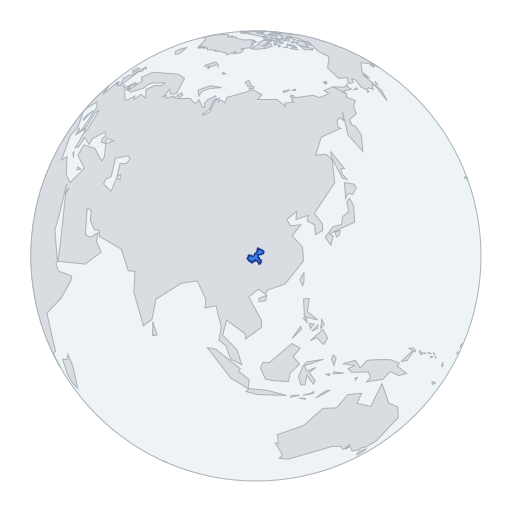 globe centered on Chongqing
{"feature_id": "CHN-1154", "entity_name": "Chongqing", "entity_type": "Municipality", "adm_level": 1, "iso_a3": "CHN", "parent_name": "China", "parent_adm1": "", "projection": "orthographic", "projection_center": [107.845, 30.195], "detail": "fine", "context": "on_globe", "style": "filled", "palette": "blue", "viewbox_px": 512, "rotation_deg": 0, "n_neighbors": 0, "source": "natural_earth", "source_scale": "10m", "svg_char_len": 14971}
<svg xmlns="http://www.w3.org/2000/svg" viewBox="0 0 512 512"><circle cx="256" cy="256" r="225" fill="#eef3f6" stroke="#a8b0b8"/><path d="M462.1,343.3L461.7,344.4L461.6,344.8L462.1,343.3ZM379.4,67.5L375.2,64.9L374.4,64.4L379.4,67.5ZM373.3,63.7L370.3,62.0L371.3,63.0L373.0,64.3L361.0,62.5L361.9,71.6L369.6,78.3L362.1,74.3L381.7,90.5L387.0,100.7L376.4,87.0L371.8,84.0L373.1,89.5L368.7,87.7L366.7,89.6L361.3,87.3L355.6,80.1L351.9,78.7L353.1,82.7L348.3,83.4L347.2,77.6L338.8,78.4L327.7,68.0L329.1,56.7L318.4,51.3L307.8,41.3L304.2,41.3L297.9,38.3L291.4,37.4L291.3,36.4L286.2,36.6L287.6,37.8L285.8,38.4L282.1,38.1L281.3,36.6L283.1,36.5L280.9,36.0L282.1,35.4L279.4,35.5L278.9,34.1L273.9,35.3L268.9,33.9L270.1,33.1L277.1,33.5L297.2,34.8L300.5,35.2L299.3,34.9L314.9,38.5L330.1,43.3L345.0,49.0L359.4,55.9L373.3,63.7ZM266.6,31.0L266.2,31.0L266.9,31.2L259.1,31.0L251.1,30.8L250.6,30.8L266.6,31.0ZM243.1,31.1L241.3,31.2L239.8,31.3L243.1,31.1ZM467.8,180.8L466.1,176.9L466.6,177.3L467.8,180.8ZM465.3,176.0L465.9,177.0L465.5,176.4L465.3,176.0ZM465.2,176.5L465.3,176.1L465.4,177.0L465.2,176.5ZM465.4,177.8L465.2,176.9L465.3,177.2L465.4,177.8ZM464.8,178.5L464.6,178.5L464.3,177.3L464.8,178.5ZM374.4,65.3L371.8,63.2L372.6,63.3L375.2,65.1L374.4,65.3ZM372.3,66.5L369.9,64.6L374.4,66.4L374.4,66.9L372.3,66.5ZM376.1,83.9L374.9,81.1L377.6,84.5L376.1,83.9ZM367.4,90.3L369.2,91.8L367.4,92.2L367.4,90.3ZM271.1,31.4L269.0,31.3L270.0,31.3L271.1,31.4ZM273.3,31.8L275.9,31.9L277.4,32.1L275.7,32.0L273.3,31.8ZM357.5,89.2L354.1,89.6L356.6,87.8L357.5,89.2ZM269.8,31.7L279.6,32.5L282.1,32.9L278.0,33.3L269.8,31.7ZM351.5,89.1L343.5,91.0L346.7,94.2L333.0,86.7L344.4,87.3L346.9,84.4L348.1,87.4L351.5,89.1ZM289.6,38.3L288.0,37.0L292.8,38.4L289.6,38.3ZM293.1,39.1L310.3,43.6L310.8,45.7L304.9,43.6L308.3,47.0L300.1,45.7L296.4,43.6L297.7,42.3L293.6,42.9L293.1,39.1ZM326.7,82.6L323.9,82.2L325.7,81.3L326.7,82.6ZM285.5,38.8L288.9,39.3L289.6,41.1L282.9,40.4L284.8,40.0L285.5,38.8ZM313.2,48.6L312.6,50.1L305.7,49.4L304.6,50.0L300.0,45.9L313.2,48.6ZM282.8,39.5L279.4,40.1L275.7,39.1L282.2,38.4L282.8,39.5ZM292.6,41.9L292.6,42.9L290.4,42.1L292.6,41.9ZM260.8,36.6L264.8,36.8L265.5,37.7L260.8,36.6ZM278.4,40.4L279.7,40.7L280.4,41.2L277.5,41.5L278.4,40.4ZM295.5,45.9L292.8,45.4L297.0,47.5L292.1,47.4L289.9,44.8L288.8,45.9L287.3,45.9L287.2,43.8L295.5,45.9ZM276.8,43.3L272.4,40.5L264.7,39.7L263.8,38.8L276.4,40.3L276.8,43.3ZM282.9,43.7L279.0,43.2L279.9,42.1L283.2,41.9L282.9,43.7ZM289.5,48.4L297.6,49.2L297.8,49.8L289.5,48.4ZM274.4,43.2L275.5,43.9L273.7,43.2L274.4,43.2ZM284.7,46.9L287.5,47.0L287.6,47.7L284.7,46.9ZM275.4,45.4L274.0,44.4L276.2,44.1L275.4,45.4ZM279.5,46.2L279.0,47.1L277.8,44.6L280.7,46.1L279.5,46.2ZM284.3,47.5L285.3,47.9L283.1,47.4L284.3,47.5ZM267.9,47.4L265.8,44.3L270.7,43.5L272.0,46.5L267.9,47.4ZM88.3,105.6L88.7,105.1L83.0,112.1L78.8,124.8L77.1,128.4L70.4,135.4L61.5,160.0L67.1,156.5L66.2,174.8L70.2,182.5L84.4,168.3L77.9,155.2L83.9,144.9L94.9,148.4L101.6,161.0L104.2,157.5L105.9,143.5L113.5,140.9L107.2,138.3L105.2,143.4L101.2,142.2L102.7,137.6L105.4,136.7L105.1,132.0L92.5,138.5L89.2,144.4L84.7,137.4L78.7,146.7L75.3,147.8L84.1,132.5L87.9,128.9L99.3,110.1L94.9,113.1L83.9,131.4L84.6,128.2L78.5,133.4L83.7,127.0L96.9,107.2L96.9,102.0L86.2,108.6L88.4,105.5L92.8,100.7L97.1,96.3L109.6,85.2L103.0,93.9L108.1,90.2L118.5,81.2L115.7,84.9L119.1,82.6L117.5,85.9L124.3,84.8L124.0,88.0L135.3,82.6L136.7,83.7L129.6,86.4L124.6,90.4L125.0,99.7L127.6,100.0L134.9,95.9L134.1,99.4L141.1,94.3L145.6,98.4L146.0,89.5L154.6,85.5L162.0,85.6L164.9,83.0L152.8,82.9L148.0,84.5L143.7,88.2L130.4,92.2L128.4,90.3L142.5,80.8L141.2,77.4L152.8,72.3L178.3,74.2L184.5,78.2L176.6,93.3L170.2,94.3L169.8,89.1L162.2,97.6L166.6,95.1L166.0,98.3L174.0,96.0L173.9,98.2L181.8,92.6L182.6,95.1L177.6,98.6L190.2,98.3L194.1,103.2L197.0,102.2L199.0,99.7L202.7,108.0L204.7,106.9L204.2,103.7L207.8,99.6L215.6,95.8L216.5,98.9L213.8,100.7L209.4,109.4L202.1,114.2L203.3,115.2L209.8,111.8L215.1,101.0L219.6,97.9L218.0,102.9L218.9,100.9L221.4,100.3L224.7,102.9L226.9,97.5L253.1,89.9L262.0,94.7L257.7,99.5L276.9,99.5L285.5,106.3L285.0,103.2L293.9,101.9L291.4,99.6L291.8,98.1L313.5,95.3L319.3,97.6L328.1,94.1L327.9,92.6L324.1,90.7L333.0,86.7L346.7,94.2L346.5,97.1L355.2,100.4L353.6,106.7L356.3,113.8L349.4,119.7L352.1,125.3L355.3,126.1L361.3,134.9L362.9,151.5L347.8,134.6L342.7,111.9L343.6,120.5L339.3,117.8L337.1,120.6L338.1,127.2L340.8,128.3L321.4,137.1L315.6,155.2L326.0,154.3L332.2,159.9L334.7,182.7L314.3,213.5L322.5,223.8L322.8,230.5L315.4,234.6L314.7,224.8L307.4,221.1L308.2,215.3L296.1,219.6L296.6,211.5L286.9,219.3L290.3,225.9L300.8,224.7L292.2,235.7L302.6,247.2L303.5,260.8L285.1,284.0L266.8,290.3L265.6,294.4L258.5,289.2L248.7,296.8L261.7,321.0L261.2,327.6L245.6,338.8L245.3,333.9L226.5,320.1L222.7,335.3L236.9,349.6L241.8,364.7L230.7,359.1L225.8,345.6L219.1,340.3L221.2,327.0L216.1,305.8L204.9,308.0L206.0,299.8L197.3,280.9L181.3,283.2L155.9,299.3L152.0,319.4L143.4,325.9L133.9,292.3L135.0,271.3L128.2,270.7L121.3,249.1L99.5,236.4L99.4,230.1L94.7,230.0L90.3,220.5L91.3,210.5L87.2,208.0L85.3,234.5L90.0,237.4L98.1,232.6L96.4,241.1L101.0,252.2L85.1,264.1L57.8,261.2L60.2,245.3L65.7,193.3L68.3,189.6L68.6,189.1L69.0,188.1L64.2,193.4L66.9,183.8L58.5,217.3L54.9,229.9L57.4,261.8L55.9,263.1L58.2,270.9L71.8,276.2L70.7,281.0L61.2,298.0L46.9,313.0L51.7,335.2L55.7,351.2L53.2,353.0L60.0,366.9L59.8,366.7L52.2,352.0L45.7,336.9L40.4,321.3L36.2,305.3L33.2,289.1L31.3,272.7L30.7,256.2L31.3,239.8L33.1,223.4L36.1,207.2L40.2,191.2L45.6,175.6L52.0,160.4L59.5,145.8L68.1,131.7L77.7,118.3L88.3,105.6ZM103.5,184.0L111.0,191.4L116.6,177.8L119.9,179.8L120.6,174.6L117.0,176.8L120.0,163.6L126.4,163.7L130.1,158.6L127.8,155.9L115.5,158.2L111.1,176.7L105.6,179.4L103.5,184.0ZM139.7,68.4L136.2,71.2L132.5,72.7L132.8,70.3L138.2,67.8L139.7,68.4ZM132.2,74.9L146.1,67.0L146.4,68.7L143.9,69.0L142.7,70.9L138.3,71.9L125.0,81.9L120.8,84.1L123.8,77.4L125.1,78.2L128.4,75.2L132.2,74.9ZM181.0,49.2L187.1,47.3L180.0,53.3L175.2,54.5L175.2,51.7L180.9,48.7L181.0,49.2ZM260.6,32.8L263.4,32.7L263.6,33.0L261.4,33.3L260.6,32.8ZM262.6,36.6L248.8,33.9L251.2,33.5L240.2,33.1L242.4,32.1L249.5,32.3L242.9,31.6L250.1,31.3L244.9,31.2L260.5,31.6L266.8,31.8L258.9,31.8L256.8,32.6L257.7,33.1L265.1,34.7L277.5,36.1L277.3,37.7L273.9,38.4L270.9,38.3L271.9,37.2L267.1,37.9L266.4,36.2L262.6,36.6ZM233.7,53.9L236.2,51.4L226.5,54.9L225.7,52.3L224.6,52.9L221.2,51.6L215.1,51.2L215.8,49.9L213.2,50.3L210.8,49.7L207.4,50.0L207.5,48.0L203.3,48.3L205.7,47.2L198.5,48.4L203.9,46.6L201.4,46.0L197.5,48.0L205.9,39.1L205.3,37.7L201.9,37.7L211.6,35.5L220.9,34.4L228.7,34.8L227.9,36.9L232.4,35.8L233.4,36.7L229.4,37.1L236.1,37.0L235.8,37.9L242.8,39.9L252.5,39.8L255.3,40.8L251.4,41.3L256.9,42.0L251.3,43.9L253.2,44.8L249.6,47.8L240.8,48.8L243.6,49.8L241.0,52.5L233.7,53.9ZM266.6,48.2L256.3,49.3L250.8,48.6L259.5,43.7L258.5,42.7L263.9,40.1L271.7,41.4L269.5,41.9L269.1,42.8L266.8,42.0L268.4,43.3L265.3,44.2L265.7,45.5L262.3,45.5L266.6,48.2ZM79.5,127.6L79.0,129.6L79.2,131.9L75.4,135.5L79.5,127.6ZM88.3,114.0L88.4,114.9L83.1,120.5L83.7,118.6L88.3,114.0ZM93.1,111.0L88.9,114.5L91.5,111.5L93.1,111.0ZM130.2,87.3L131.0,88.3L129.3,89.6L126.8,90.3L130.2,87.3ZM204.6,66.1L206.9,64.2L208.2,64.4L215.9,61.8L217.1,63.9L212.9,66.3L204.6,66.1ZM80.7,169.0L76.9,169.9L77.5,167.1L78.7,167.3L80.7,169.0ZM74.0,151.7L73.4,157.7L73.0,152.7L74.0,151.7ZM207.2,67.9L210.2,66.6L208.9,68.5L207.2,67.9ZM218.4,65.4L217.6,67.5L218.1,63.9L218.4,65.4ZM162.5,460.4L167.2,462.6L164.2,461.4L162.5,460.4ZM72.9,366.1L77.8,388.3L72.8,383.6L67.4,374.2L62.6,359.1L66.9,359.7L67.8,354.3L72.9,366.1ZM298.9,398.0L305.6,398.5L305.4,399.3L298.9,398.0ZM291.8,395.3L299.6,395.3L290.4,397.1L291.8,395.3ZM302.6,395.3L310.5,393.3L313.9,391.7L313.3,393.5L302.6,395.3ZM286.5,395.4L257.7,394.6L246.3,391.6L249.0,388.6L267.4,390.4L286.5,395.4ZM248.1,388.5L230.7,378.0L207.3,347.5L215.7,349.2L240.3,368.7L238.7,371.4L249.2,379.5L248.1,388.5ZM290.1,373.0L288.5,381.5L272.6,380.6L265.3,379.0L260.4,367.9L263.1,362.4L269.1,362.8L292.1,343.5L300.1,348.2L293.0,356.6L299.6,364.1L290.1,373.0ZM152.8,321.6L157.1,335.0L152.6,335.7L152.8,321.6ZM301.5,329.3L292.1,338.3L300.7,326.4L301.5,329.3ZM306.5,318.0L307.1,322.6L303.3,318.2L306.5,318.0ZM265.3,300.9L259.0,301.6L258.9,298.3L266.9,295.4L265.3,300.9ZM304.1,272.3L303.9,282.2L302.6,285.6L299.9,279.7L304.1,272.3ZM221.8,87.6L209.8,88.5L201.9,91.4L198.8,96.1L198.1,90.2L210.2,85.7L221.8,87.6ZM249.1,89.1L251.8,85.5L254.1,87.2L253.8,88.3L249.1,89.1ZM248.3,86.8L245.2,82.3L248.9,80.4L250.7,84.3L248.3,86.8ZM225.7,74.0L222.1,74.0L223.2,72.3L225.7,74.0ZM357.0,454.7L358.5,451.7L366.5,448.6L361.7,452.5L357.0,454.7ZM423.5,406.7L424.6,405.4L423.9,406.2L423.5,406.7ZM332.5,446.3L288.6,459.1L279.3,458.4L282.4,454.7L275.4,443.0L278.5,443.2L277.4,434.6L303.8,425.5L322.9,408.4L336.7,407.9L347.7,394.7L361.7,393.3L357.0,403.3L370.9,406.4L381.9,383.6L388.8,403.1L397.7,407.0L398.3,417.5L376.1,441.0L364.9,447.5L363.4,446.8L358.6,449.7L352.1,451.0L350.0,446.6L345.1,449.3L350.5,444.2L343.2,449.3L340.5,446.4L332.5,446.3ZM431.8,382.1L433.4,381.6L435.4,383.1L432.8,384.3L431.8,382.1ZM457.8,351.5L458.0,352.2L456.5,354.3L457.8,351.5ZM461.6,344.8L459.8,347.5L462.1,343.3L461.6,344.8ZM442.4,364.8L443.1,365.5L442.3,366.5L442.4,364.8ZM441.8,364.9L443.1,362.1L442.7,364.3L441.8,364.9ZM434.7,358.2L435.8,356.5L436.3,357.1L434.7,358.2ZM315.7,398.0L325.2,391.1L330.4,390.1L315.7,398.0ZM433.3,356.6L430.5,357.7L430.9,356.3L433.3,356.6ZM433.6,353.6L433.4,352.1L434.9,355.2L433.6,353.6ZM428.5,352.3L431.7,353.8L428.0,352.8L428.5,352.3ZM426.4,353.6L423.9,353.3L424.1,352.7L426.4,353.6ZM397.2,366.1L406.6,373.4L398.8,375.6L390.1,371.7L382.8,379.4L366.6,381.8L370.5,377.3L368.4,371.9L351.5,372.3L348.0,368.8L354.2,365.4L342.8,363.7L355.2,360.4L360.2,367.7L367.2,360.3L379.1,359.6L390.4,359.7L399.4,363.2L397.2,366.1ZM355.1,377.9L357.3,377.5L355.3,380.2L355.1,377.9ZM419.2,350.9L422.8,353.2L422.3,354.3L420.5,354.5L419.2,350.9ZM401.5,361.3L411.2,351.9L413.4,351.2L407.0,360.6L401.5,361.3ZM408.9,348.3L413.4,347.8L415.6,350.7L414.7,352.0L408.9,348.3ZM329.8,373.5L329.3,375.7L326.0,374.3L329.8,373.5ZM334.0,371.8L343.8,373.2L333.1,373.8L334.0,371.8ZM304.1,365.9L307.0,371.1L316.2,367.3L309.2,372.5L315.3,380.8L313.2,384.1L307.1,375.2L304.9,384.8L300.8,384.8L298.6,376.6L302.8,366.3L306.8,361.9L323.3,359.3L304.1,365.9ZM334.0,365.3L331.4,359.3L333.3,354.9L336.1,358.0L334.0,365.3ZM323.6,344.6L316.6,337.5L310.4,340.7L323.0,329.4L327.6,338.1L323.6,344.6ZM317.6,328.3L311.7,331.3L317.8,324.8L317.6,328.3ZM310.2,328.8L309.5,323.4L314.1,324.0L310.2,328.8ZM320.7,328.4L321.7,319.3L324.1,324.5L320.7,328.4ZM307.4,311.5L317.5,319.9L304.4,316.6L303.6,298.9L309.1,298.4L307.4,311.5ZM336.6,237.1L335.1,232.0L340.0,230.4L339.7,234.3L336.6,237.1ZM354.7,222.2L340.9,228.4L329.5,233.9L333.2,236.1L330.9,245.1L325.2,237.2L332.9,226.9L341.6,224.4L342.5,216.9L348.7,211.4L346.8,202.3L349.4,198.2L353.7,205.8L354.7,222.2ZM345.6,198.6L344.5,182.7L354.0,184.1L356.3,187.8L352.8,194.4L348.1,193.3L345.6,198.6ZM347.0,179.4L342.4,178.3L331.0,156.1L330.9,151.9L344.6,168.6L340.9,168.6L342.1,174.1L347.0,179.4ZM325.0,83.8L324.0,82.3L326.4,83.5L325.0,83.8ZM290.2,96.9L291.2,95.0L294.0,96.1L290.2,96.9ZM295.6,90.5L291.7,90.5L295.5,89.2L295.6,90.5ZM283.1,91.0L290.0,89.9L283.9,92.9L283.1,91.0Z" fill="#d9dde1" stroke="#a8b0b8" stroke-width="1"/><path d="M255.9,253.6L256.0,253.6L256.3,253.3L256.4,253.2L256.4,252.9L256.5,252.7L256.7,252.1L256.6,251.9L257.1,251.6L257.2,251.3L257.2,251.1L257.3,251.0L257.3,250.9L257.6,250.9L257.9,250.6L258.0,250.3L258.2,250.1L258.3,250.0L258.3,249.9L258.2,249.8L258.2,249.7L257.9,249.5L257.5,249.2L257.4,249.2L257.6,248.8L257.7,248.6L257.9,248.6L257.7,248.3L257.7,248.2L257.8,248.2L258.2,248.1L258.5,248.2L258.7,248.5L259.0,248.6L259.5,248.9L259.7,249.0L260.0,249.1L260.4,249.4L260.7,249.9L260.8,250.0L261.0,250.0L261.8,249.9L262.1,250.0L262.3,250.3L262.3,250.6L262.7,250.6L263.0,250.7L263.1,250.8L263.5,251.1L263.7,251.5L263.7,251.8L263.8,251.9L263.8,252.0L263.7,252.2L263.6,252.3L263.6,252.5L263.7,252.8L263.7,253.1L263.5,253.4L263.4,253.5L263.3,253.4L263.1,253.4L263.0,253.2L262.9,253.2L262.4,253.4L262.4,253.5L262.1,253.7L262.1,253.9L261.9,254.0L261.6,254.1L261.4,254.4L261.2,254.4L261.1,254.5L260.9,254.4L260.7,254.4L260.5,254.5L260.4,254.5L260.2,254.4L259.8,254.4L259.7,254.4L259.6,254.5L259.3,254.6L259.0,254.7L258.9,254.7L258.7,254.5L258.5,254.8L258.0,254.8L257.9,254.9L257.8,255.2L257.8,255.3L258.3,255.5L258.4,255.8L258.3,256.1L258.3,256.3L258.4,256.7L258.4,256.8L258.3,257.0L258.4,257.3L258.0,257.4L257.9,257.4L257.9,257.5L258.0,257.6L258.0,257.8L258.3,257.9L258.4,257.6L258.5,257.5L258.6,257.3L258.8,257.5L258.9,257.8L259.1,258.0L259.3,258.1L259.5,258.2L259.6,258.4L259.5,258.8L259.7,259.0L259.7,259.3L260.0,259.5L260.2,259.8L260.9,260.5L261.0,260.5L260.9,260.6L260.8,260.9L260.8,261.1L260.8,261.5L261.0,261.8L260.9,261.8L260.9,262.0L260.7,262.1L260.8,262.2L260.9,262.3L261.0,262.3L260.9,262.5L260.7,262.7L260.6,262.8L260.4,263.4L260.3,263.6L260.3,263.8L260.2,263.8L259.8,263.8L259.6,263.8L259.3,263.7L259.2,263.7L259.1,263.8L259.1,263.7L259.2,262.9L259.1,262.7L258.9,262.7L258.8,262.8L258.7,262.8L258.8,262.9L258.9,263.0L258.9,263.3L258.7,263.3L258.6,263.1L258.6,262.9L258.5,262.7L258.6,262.3L258.5,262.2L258.4,262.1L257.9,262.0L257.7,261.9L257.6,261.7L257.8,261.6L257.8,261.4L257.7,261.2L257.6,260.7L257.6,260.4L257.1,260.5L256.7,260.4L256.5,260.5L256.2,260.7L256.1,260.8L255.9,260.7L255.8,260.2L255.7,260.1L255.4,260.1L255.0,260.0L254.9,259.9L254.8,259.7L254.7,259.8L254.6,260.0L254.5,260.3L254.6,260.5L254.8,260.6L254.7,260.9L254.7,261.1L254.1,261.4L254.0,261.5L253.9,261.4L253.6,261.2L253.4,261.1L253.2,261.1L253.0,261.5L252.9,261.5L252.8,261.4L252.7,261.5L252.6,261.9L252.6,262.1L252.5,262.3L252.4,262.3L252.2,262.3L252.2,262.7L251.9,262.6L251.7,262.6L251.7,262.3L251.8,262.1L251.6,261.6L251.3,261.3L251.2,261.3L251.2,261.5L251.3,261.6L251.4,261.8L251.4,262.0L251.3,262.3L251.3,262.5L251.2,262.5L251.0,262.4L250.9,262.3L250.8,262.2L250.7,261.9L250.6,261.7L250.5,261.2L250.4,261.1L250.1,261.0L249.7,260.8L249.7,260.7L249.6,260.8L249.2,261.0L248.9,260.9L248.8,260.7L248.8,260.4L248.7,260.2L248.8,260.0L248.7,259.9L248.6,259.7L248.7,259.4L248.5,259.6L248.3,259.5L248.0,259.5L247.8,259.4L247.7,259.3L247.7,259.0L247.6,258.9L247.4,258.8L247.3,258.6L247.2,258.4L247.3,258.3L247.3,258.2L247.5,258.0L247.6,257.9L247.8,257.9L248.0,257.7L248.2,257.4L248.5,257.3L248.7,257.2L248.7,256.9L248.8,256.7L248.6,256.4L248.4,256.3L248.3,256.2L248.2,256.1L248.3,255.9L248.5,255.9L248.5,255.7L248.8,255.6L248.8,255.4L249.1,255.0L249.3,255.1L249.7,255.2L250.2,255.4L250.3,255.5L250.5,255.8L250.7,255.7L250.8,255.7L251.0,255.7L251.3,255.5L251.5,255.4L251.6,255.5L251.8,255.7L251.9,256.0L252.0,256.1L252.1,256.4L252.2,256.5L252.3,256.6L252.6,256.5L253.0,256.5L253.3,256.5L253.4,256.3L253.6,256.2L253.8,255.9L254.0,255.5L254.4,254.8L254.5,254.7L254.8,254.4L254.8,254.2L254.7,254.0L254.7,253.8L254.7,253.7L254.9,253.5L255.0,253.4L255.2,253.5L255.3,253.5L255.4,253.4L255.6,253.3L255.8,253.6L255.9,253.6Z" fill="#3b82f6" stroke="#1e3a8a" stroke-width="1.5"/></svg>